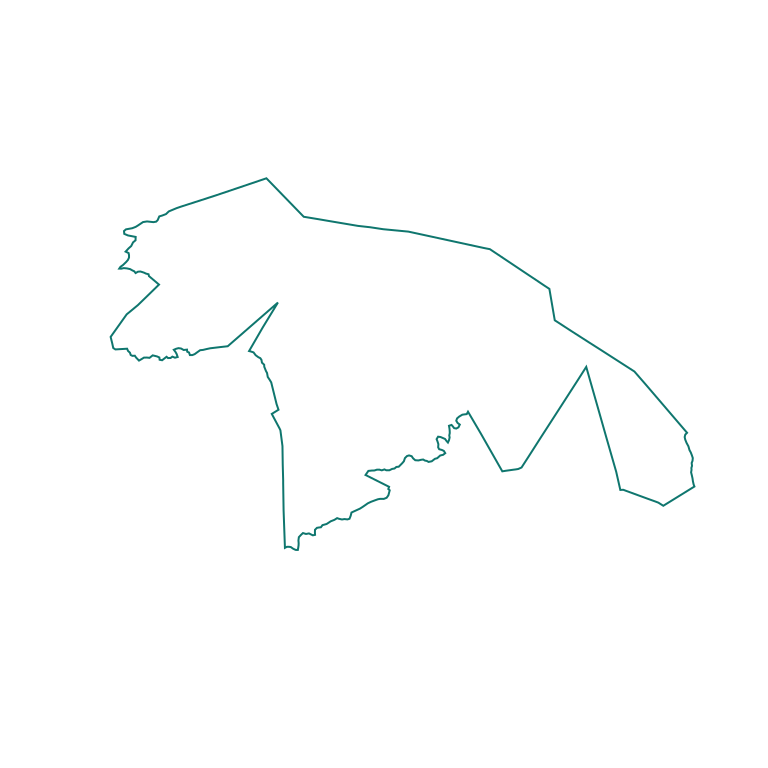 Granja, Ceará, Brazil (Natural Earth projection), rotated 45°
{"feature_id": "56859067B39466543976812", "entity_name": "Granja", "entity_type": "district", "adm_level": 2, "iso_a3": "BRA", "parent_name": "Brazil", "parent_adm1": "Ceará", "projection": "natural_earth1", "projection_center": [-40.989, -3.264], "detail": "fine", "context": "isolated", "style": "outline", "palette": "teal", "viewbox_px": 768, "rotation_deg": 45, "n_neighbors": 0, "source": "geoboundaries", "source_scale": "gbopen_adm2", "svg_char_len": 3937}
<svg xmlns="http://www.w3.org/2000/svg" viewBox="0 0 768 768"><g transform="rotate(45 384 384)"><path d="M167.1,550.0L169.6,549.5L177.4,540.7L179.6,541.6L182.2,541.5L184.4,542.6L186.2,542.0L187.8,540.2L189.9,540.6L194.2,540.7L194.9,538.1L195.6,535.1L197.6,533.0L199.7,531.3L200.2,527.3L204.0,525.0L206.4,524.1L208.2,525.5L210.3,524.1L211.0,518.5L212.9,518.4L214.7,516.5L215.0,514.3L217.6,513.2L219.0,510.8L216.1,509.4L214.0,508.8L211.2,508.4L212.1,506.1L213.3,504.0L215.4,502.4L218.3,501.6L220.4,499.0L222.0,500.3L223.9,499.6L226.3,500.8L228.0,499.1L229.0,496.8L229.5,493.6L230.1,490.1L231.9,487.9L233.8,484.8L235.8,481.7L241.7,474.2L246.8,467.8L249.5,428.8L251.4,401.4L258.2,429.5L265.3,456.1L267.0,455.1L269.4,453.9L272.9,454.4L276.2,453.9L278.3,453.2L280.3,453.6L282.6,455.2L285.6,455.1L287.2,456.5L291.4,458.3L293.5,458.9L296.8,461.2L299.8,461.8L303.1,462.6L322.3,474.2L327.6,476.8L325.8,484.5L341.6,489.3L343.5,490.0L356.1,499.7L359.4,502.9L362.9,506.3L369.5,512.7L380.9,523.5L383.1,525.7L402.4,544.4L429.8,569.9L430.4,567.9L431.8,566.4L433.4,565.2L436.3,564.7L438.8,563.8L440.4,562.3L439.2,560.5L437.6,558.4L436.2,556.9L434.1,555.1L432.1,552.5L432.0,549.3L432.1,546.7L434.9,545.2L436.6,542.7L438.7,542.0L440.7,541.3L441.9,539.4L440.2,537.9L438.3,535.9L438.3,533.1L439.5,531.4L440.7,529.9L440.3,527.3L442.4,523.6L443.0,520.8L443.4,518.8L445.0,515.1L445.7,512.0L447.4,511.2L450.1,509.5L451.5,507.5L453.9,505.6L454.9,503.7L453.6,500.7L451.9,497.9L452.6,495.9L455.1,489.2L455.8,486.1L456.5,482.3L456.9,479.9L458.1,476.5L459.7,473.0L461.2,469.8L462.5,467.9L465.1,465.4L466.3,462.6L465.8,459.6L463.2,455.1L461.3,455.2L460.3,453.1L435.3,461.4L434.4,456.5L436.6,453.8L438.4,451.9L439.5,449.7L441.2,447.9L443.5,446.6L444.7,444.1L446.6,443.4L448.8,441.2L449.8,438.3L451.2,436.3L451.4,433.9L452.9,432.1L452.9,429.6L452.9,427.3L452.7,424.6L451.2,421.6L451.2,418.7L452.2,416.8L454.6,415.5L457.2,416.0L460.0,415.8L462.4,413.7L463.8,411.4L465.1,409.7L467.1,409.2L468.7,408.1L470.6,407.6L472.4,404.9L472.9,400.9L474.1,398.8L474.3,394.8L475.9,392.2L476.2,389.6L473.6,389.0L471.6,389.7L469.1,391.1L467.1,390.5L465.0,388.1L462.3,386.7L460.2,385.8L459.5,383.0L461.5,381.5L464.0,380.5L466.0,379.7L468.6,380.1L470.6,380.2L469.7,377.8L468.2,375.4L466.5,374.2L465.2,372.2L463.6,370.7L461.8,369.2L459.5,367.6L460.7,365.2L462.5,365.3L464.8,365.6L466.6,364.4L467.3,362.0L466.3,359.1L463.6,359.5L461.1,358.9L460.0,356.7L460.2,353.9L461.1,350.3L462.3,348.7L463.8,346.8L463.0,344.2L487.6,350.6L529.4,362.1L531.5,359.2L536.1,353.1L537.5,351.3L539.0,349.2L540.3,345.8L537.7,333.7L532.6,310.5L527.6,287.3L518.1,243.3L514.9,228.9L555.0,251.2L579.4,264.8L610.3,281.9L626.0,291.8L628.0,289.6L631.1,288.2L646.6,281.0L650.7,279.1L659.2,275.1L661.9,273.9L667.6,272.6L676.0,237.0L674.0,236.1L671.3,234.4L668.9,232.6L666.4,231.0L663.6,229.3L662.2,227.3L660.7,226.0L659.7,224.1L657.4,222.3L656.5,220.2L654.7,218.0L652.1,216.7L649.4,215.5L646.7,214.7L643.3,212.8L639.6,211.7L636.3,210.3L634.1,208.9L632.8,206.7L632.8,204.2L569.5,199.3L552.2,198.1L513.1,206.6L499.2,209.7L478.6,214.2L459.7,218.2L457.0,216.3L433.7,199.8L428.4,200.9L403.2,205.9L385.6,209.4L363.5,213.8L361.6,215.1L358.3,217.3L293.5,259.0L274.0,275.1L263.3,283.0L253.8,290.6L228.5,308.6L221.7,313.4L209.0,322.5L155.4,321.7L131.6,369.8L115.1,402.0L113.0,406.3L109.8,414.1L109.7,418.0L108.0,421.8L106.6,424.4L108.1,428.2L108.1,430.3L106.5,432.6L101.5,436.6L99.1,439.9L97.9,446.0L97.3,448.5L95.8,451.9L92.2,457.1L92.0,459.7L94.2,461.5L97.9,460.0L104.4,455.6L106.7,458.1L106.4,461.3L107.7,465.2L107.5,468.7L107.7,473.1L110.8,472.0L112.6,473.2L114.3,474.9L115.2,477.3L115.4,480.1L115.3,484.5L114.8,487.5L115.2,489.6L116.7,488.2L118.0,486.1L120.4,484.1L123.2,482.3L125.8,481.6L127.7,480.9L129.9,481.2L130.6,478.6L132.2,476.7L133.9,475.8L135.7,474.9L137.5,474.3L139.9,472.9L141.5,473.9L154.6,472.8L154.2,502.2L152.8,516.7L157.4,544.0L163.2,547.5L167.1,550.0Z" fill="none" stroke="#0f766e" stroke-width="2"/></g></svg>